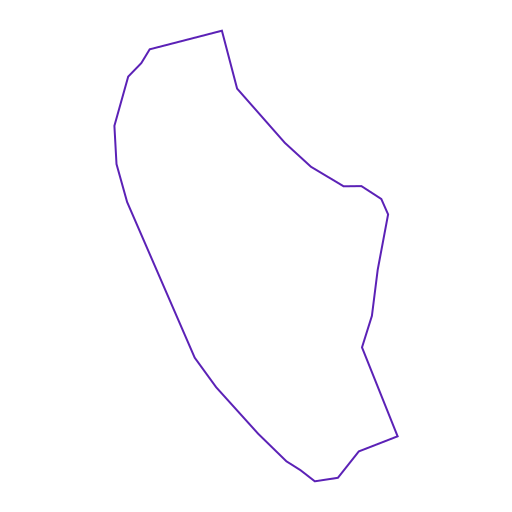 the border of Borovnica
{"feature_id": "SVN-937", "entity_name": "Borovnica", "entity_type": "Municipality", "adm_level": 1, "iso_a3": "SVN", "parent_name": "Slovenia", "parent_adm1": "", "projection": "natural_earth1", "projection_center": [14.381, 45.913], "detail": "fine", "context": "isolated", "style": "outline", "palette": "violet", "viewbox_px": 512, "rotation_deg": 0, "n_neighbors": 0, "source": "natural_earth", "source_scale": "10m", "svg_char_len": 446}
<svg xmlns="http://www.w3.org/2000/svg" viewBox="0 0 512 512"><path d="M314.8,481.3L300.5,470.2L286.4,461.3L258.1,433.7L216.2,387.3L194.7,357.7L127.1,202.0L116.5,164.1L114.4,125.8L128.2,76.6L141.3,63.1L149.7,49.3L221.9,30.7L237.1,88.6L284.8,142.8L311.0,166.8L343.6,186.3L361.4,186.1L381.3,199.0L388.1,214.4L377.7,269.8L371.9,315.9L362.0,347.4L397.6,436.3L358.8,451.4L337.9,477.8L314.8,481.3Z" fill="none" stroke="#5b21b6" stroke-width="2"/></svg>